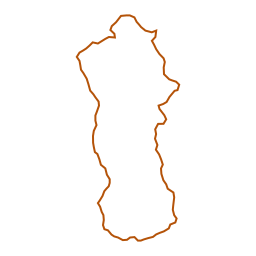 Roseira, São Paulo, Brazil
{"feature_id": "56859067B73813255316006", "entity_name": "Roseira", "entity_type": "district", "adm_level": 2, "iso_a3": "BRA", "parent_name": "Brazil", "parent_adm1": "São Paulo", "projection": "robinson", "projection_center": [-45.302, -22.932], "detail": "fine", "context": "isolated", "style": "outline", "palette": "amber", "viewbox_px": 256, "rotation_deg": 0, "n_neighbors": 0, "source": "geoboundaries", "source_scale": "gbopen_adm2", "svg_char_len": 1558}
<svg xmlns="http://www.w3.org/2000/svg" viewBox="0 0 256 256"><path d="M156.2,30.6L151.8,32.3L145.4,30.6L141.1,27.1L138.9,24.4L136.6,21.8L134.4,17.4L129.8,15.4L126.4,15.4L121.0,15.9L116.0,22.3L111.8,26.1L110.4,30.0L114.4,33.8L114.9,37.5L108.9,37.0L105.3,38.9L97.9,43.5L92.7,42.4L89.5,45.6L86.2,48.5L83.1,50.5L79.5,52.6L76.8,56.9L79.5,60.9L80.3,65.2L81.0,69.7L83.4,73.1L86.7,78.7L88.4,84.1L90.2,90.6L93.4,94.3L95.4,97.3L98.6,101.6L99.0,105.6L96.9,111.6L95.4,115.5L95.4,120.6L96.5,125.1L93.8,130.9L93.0,136.0L93.1,142.8L93.8,146.9L94.9,152.1L97.4,154.0L99.4,159.4L100.9,164.8L105.3,168.4L106.9,174.7L109.7,179.2L109.7,182.9L108.7,186.3L106.4,188.7L104.3,191.2L102.5,196.0L99.8,200.4L97.9,203.1L100.1,206.7L101.7,211.9L103.4,215.1L103.8,220.0L103.0,225.1L104.4,229.2L107.9,230.3L111.5,234.6L114.2,236.4L118.0,237.5L122.8,240.1L127.0,239.8L130.1,237.5L134.5,237.1L137.9,240.6L140.8,240.6L143.9,239.4L148.2,238.1L153.0,236.9L156.2,234.4L159.9,232.8L163.8,231.4L168.8,228.4L170.3,224.5L175.3,222.5L176.6,218.5L174.2,215.2L172.8,209.8L173.2,205.7L174.2,197.3L173.4,192.5L167.7,188.7L166.2,184.3L163.4,180.3L161.4,173.9L161.0,168.5L162.8,164.6L161.1,159.4L159.1,154.4L155.9,149.7L157.4,145.0L155.0,138.7L156.1,134.1L155.2,129.3L158.1,123.9L163.5,123.8L166.2,119.3L164.3,115.2L159.5,109.0L158.6,105.6L163.2,104.0L166.6,102.0L169.5,96.9L174.6,90.8L177.5,90.1L179.2,84.7L176.1,81.7L172.1,80.4L169.2,79.3L164.0,74.2L163.7,67.4L164.8,62.0L163.6,58.3L159.5,54.1L156.2,49.2L154.0,44.6L151.9,40.8L155.4,37.0L156.2,30.6Z" fill="none" stroke="#b45309" stroke-width="2"/></svg>